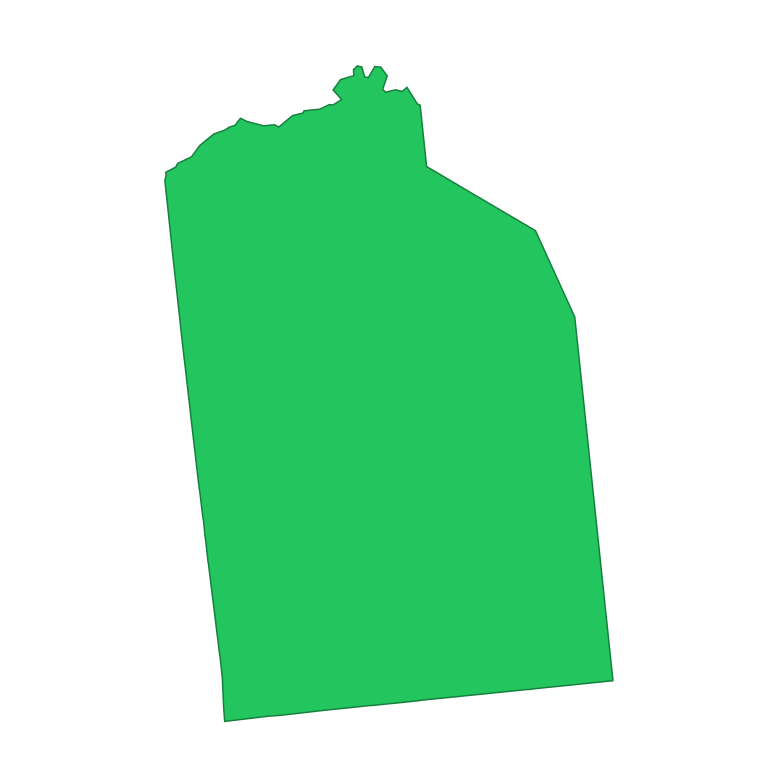 Box Elder, Utah, United States of America, rotated 264°
{"feature_id": "52423323B39840445321611", "entity_name": "Box Elder", "entity_type": "district", "adm_level": 2, "iso_a3": "USA", "parent_name": "United States of America", "parent_adm1": "Utah", "projection": "mercator", "projection_center": [-112.684, 41.501], "detail": "fine", "context": "isolated", "style": "filled", "palette": "green", "viewbox_px": 768, "rotation_deg": 264, "n_neighbors": 0, "source": "geoboundaries", "source_scale": "gbopen_adm2", "svg_char_len": 1250}
<svg xmlns="http://www.w3.org/2000/svg" viewBox="0 0 768 768"><g transform="rotate(264 384 384)"><path d="M371.6,188.5L371.4,188.5L298.3,189.3L297.8,189.5L271.6,189.9L266.4,190.2L255.0,190.1L253.3,190.1L244.7,190.3L225.5,190.4L224.3,190.6L146.7,192.0L137.4,192.1L129.7,192.4L108.8,192.5L79.2,190.7L65.1,190.3L65.7,233.4L65.3,246.9L65.7,285.1L65.7,335.9L65.5,339.6L65.4,385.0L65.6,388.2L65.2,494.8L64.9,498.3L65.2,499.5L65.0,580.7L312.3,580.7L430.7,580.7L520.6,550.7L565.9,489.4L595.8,449.1L655.7,449.1L657.5,449.1L659.0,446.5L676.6,437.8L673.1,432.7L675.4,426.1L674.0,416.4L677.0,413.4L690.0,419.4L699.5,413.9L700.7,408.1L690.4,400.5L691.4,396.9L701.7,395.0L703.1,390.6L699.8,386.5L693.8,386.2L691.3,372.6L681.7,364.1L671.4,371.6L666.8,362.4L667.6,359.0L664.0,348.6L664.1,333.1L661.9,331.6L660.5,321.1L650.6,306.3L653.2,302.2L653.4,291.1L659.4,275.2L663.3,269.0L656.9,262.9L655.3,256.0L655.2,256.0L654.9,256.0L653.1,252.0L650.5,241.1L640.7,226.0L630.0,216.2L625.0,201.9L621.4,199.4L617.4,189.1L614.8,189.2L609.1,187.3L595.5,187.3L587.9,187.4L552.2,187.4L533.3,187.4L533.2,187.4L475.2,187.7L457.1,187.7L433.8,187.9L420.7,188.1L406.7,188.2L406.2,188.2L398.2,188.3L377.7,188.5L371.6,188.5Z" fill="#22c55e" stroke="#15803d" stroke-width="1.5"/></g></svg>